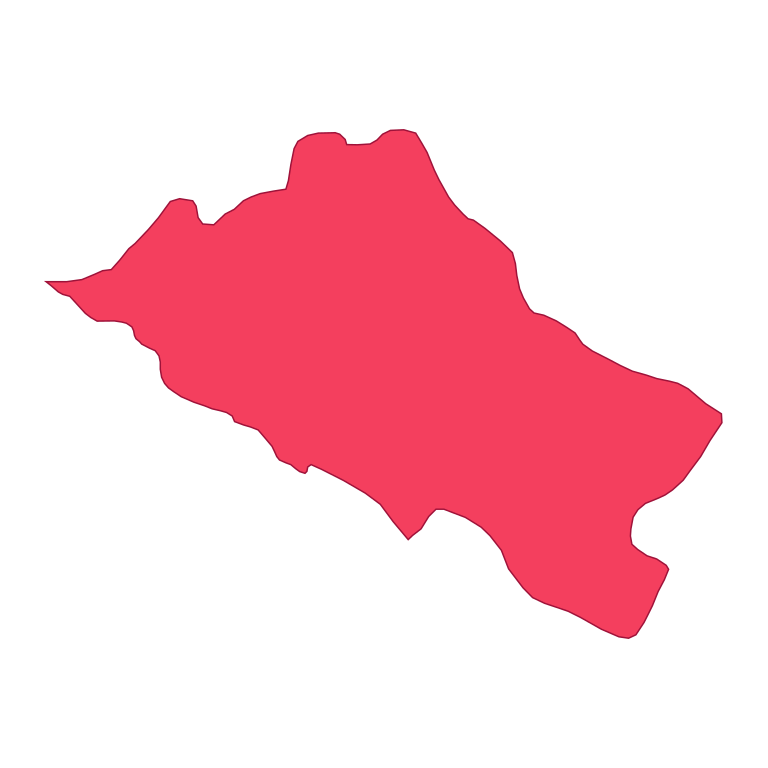 Mongo, Nyanga, Gabon (Albers equal-area conic projection)
{"feature_id": "22940354B34091756215614", "entity_name": "Mongo", "entity_type": "district", "adm_level": 2, "iso_a3": "GAB", "parent_name": "Gabon", "parent_adm1": "Nyanga", "projection": "albers", "projection_center": [11.424, -3.286], "detail": "fine", "context": "isolated", "style": "filled", "palette": "rose", "viewbox_px": 768, "rotation_deg": 0, "n_neighbors": 0, "source": "geoboundaries", "source_scale": "gbopen_adm2", "svg_char_len": 2281}
<svg xmlns="http://www.w3.org/2000/svg" viewBox="0 0 768 768"><path d="M408.2,539.6L412.6,535.4L421.1,528.8L428.7,516.5L436.0,509.2L443.9,509.2L453.0,512.7L465.4,517.4L481.2,527.2L490.0,535.7L501.4,550.3L508.6,568.9L523.1,587.9L532.6,597.6L544.6,603.3L556.0,607.1L568.0,611.2L580.1,617.2L601.5,629.3L618.9,636.8L628.6,638.2L635.9,634.8L644.0,622.5L647.8,615.0L652.4,605.7L658.1,591.6L664.4,579.6L668.6,569.3L666.2,565.3L656.7,559.0L647.0,555.8L637.7,549.5L631.9,544.3L630.4,536.0L630.9,528.9L633.1,517.2L637.9,509.7L645.4,503.4L658.6,498.0L665.2,494.9L672.5,489.9L683.2,480.2L690.3,470.4L700.7,456.5L709.9,440.7L721.9,422.7L721.4,413.8L705.7,403.7L688.1,388.8L677.7,383.3L669.5,381.2L656.8,378.6L646.6,375.2L632.4,371.2L620.1,365.4L608.6,359.3L592.3,351.0L582.8,344.2L579.6,339.8L575.1,333.0L566.9,327.5L556.3,320.9L543.8,315.2L534.0,313.0L529.5,308.8L523.4,298.0L519.6,288.9L516.8,275.5L515.4,263.6L512.4,252.6L500.5,241.1L485.0,228.4L473.4,220.1L468.1,218.8L463.0,214.0L454.7,205.1L448.6,197.0L439.0,179.8L434.3,170.1L427.1,152.5L421.6,142.9L415.7,133.1L403.8,129.8L390.4,130.4L382.6,134.2L376.9,140.1L370.1,144.0L357.3,144.8L346.7,144.6L345.2,139.5L339.7,134.2L335.1,132.7L333.2,132.8L318.3,133.1L307.7,135.5L297.9,141.4L294.1,148.6L290.9,164.5L288.4,180.7L285.9,189.2L273.6,191.1L260.2,193.6L251.1,197.0L243.4,200.8L234.3,209.3L225.2,214.0L213.8,224.8L202.7,224.0L198.1,217.6L196.1,206.1L192.7,200.8L179.6,198.7L170.3,201.5L165.6,207.9L158.4,217.8L148.4,229.5L135.1,243.5L128.9,248.6L119.6,260.3L111.3,269.6L102.6,270.7L94.6,274.3L81.9,279.6L66.6,281.7L46.1,281.7L50.8,285.4L58.3,291.9L62.8,294.4L69.8,296.3L85.3,313.3L90.8,317.5L97.1,321.1L114.3,320.9L121.7,322.0L126.4,323.2L131.9,326.9L133.6,330.7L134.5,335.5L136.0,338.7L139.6,341.7L141.7,344.1L149.8,348.3L155.2,350.7L159.0,355.9L160.3,362.0L160.3,369.3L161.6,377.2L164.6,383.4L168.5,387.9L173.6,391.6L181.2,396.7L193.9,402.2L204.6,405.8L212.1,408.8L220.3,410.7L226.6,412.5L232.2,416.0L234.6,421.6L243.7,425.0L250.3,426.9L258.1,429.9L264.3,437.1L272.1,446.4L274.7,451.9L276.8,456.6L279.5,460.0L286.1,462.9L290.8,464.6L295.7,468.7L299.7,471.6L305.0,473.3L306.9,471.4L307.7,467.0L311.1,464.6L321.5,469.3L343.2,480.3L365.4,493.2L380.3,504.3L393.2,521.7L408.2,539.6Z" fill="#f43f5e" stroke="#9f1239" stroke-width="1.5"/></svg>